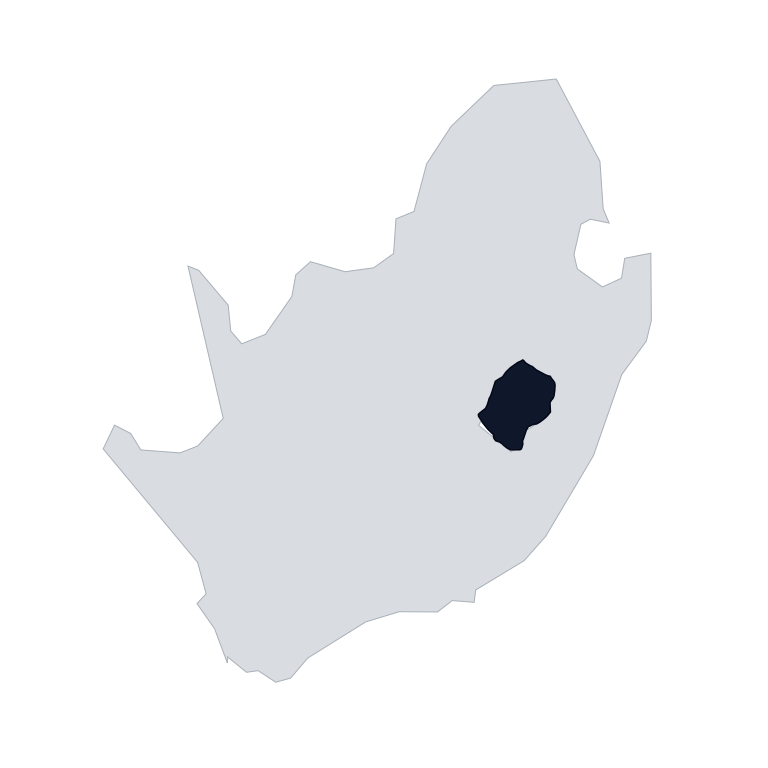 map of Lesotho with South Africa greyed out, rotated 348°
{"feature_id": "LSO", "entity_name": "Lesotho", "entity_type": "country or territory", "adm_level": 0, "iso_a3": "LSO", "parent_name": "Africa", "parent_adm1": "", "projection": "natural_earth1", "projection_center": [28.2, -29.612], "detail": "fine", "context": "with_neighbors", "style": "filled", "palette": "ink", "viewbox_px": 768, "rotation_deg": 348, "n_neighbors": 1, "source": "natural_earth", "source_scale": "50m", "svg_char_len": 1984}
<svg xmlns="http://www.w3.org/2000/svg" viewBox="0 0 768 768"><g transform="rotate(348 384 384)"><path d="M95.8,389.1L111.9,368.2L126.0,379.8L132.4,397.9L170.2,409.0L188.9,405.9L219.6,384.2L216.8,227.9L226.4,234.3L248.0,274.5L245.1,300.3L253.2,315.1L278.3,310.8L312.1,279.2L320.4,258.9L337.5,249.1L369.3,266.1L398.0,268.2L420.5,258.4L430.1,224.9L449.2,221.5L471.5,177.5L503.3,145.9L553.5,114.8L615.9,121.5L641.5,211.1L634.8,258.3L637.7,273.4L620.0,265.7L609.8,268.7L596.7,296.9L597.0,311.6L617.8,334.5L638.3,329.9L645.6,311.1L672.2,311.5L658.7,377.5L649.5,396.6L618.6,424.1L574.0,497.6L510.4,566.7L484.4,585.9L431.0,604.5L426.7,616.3L405.8,610.0L388.9,618.1L351.6,609.9L316.6,612.9L252.4,636.2L231.6,652.2L216.1,653.2L201.2,638.2L189.6,637.4L174.3,618.5L172.8,624.4L167.4,588.2L155.4,559.9L166.4,552.2L164.6,519.7L95.8,389.1ZM548.9,417.9L521.7,392.1L505.3,400.8L468.0,444.1L494.1,476.7L506.5,472.5L512.9,459.0L532.3,452.3L548.9,417.9Z" fill="#d9dde1" stroke="#a8b0b8" stroke-width="1"/><path d="M528.4,453.7L525.3,454.7L524.8,454.8L522.8,454.6L520.1,454.8L518.0,455.4L516.4,455.6L513.7,458.6L508.9,466.7L507.6,468.4L507.3,471.6L506.1,474.1L504.8,476.1L503.4,476.6L499.4,475.8L494.2,474.8L491.2,472.3L488.5,469.1L487.1,466.8L485.6,465.5L485.1,464.8L483.0,463.7L482.2,463.2L481.5,462.8L480.7,461.2L480.2,459.9L480.4,456.1L478.9,453.9L476.3,450.0L474.7,446.9L472.5,442.6L471.2,439.0L469.8,435.2L469.9,433.5L471.3,432.4L475.2,430.5L478.2,429.0L480.4,426.3L482.7,422.3L483.9,419.9L485.0,418.8L486.3,417.0L488.5,413.3L490.9,409.0L493.5,404.5L496.8,403.2L501.4,401.7L505.7,397.7L510.9,394.4L519.2,390.8L523.1,389.9L524.6,389.3L525.5,390.0L526.5,392.1L527.9,393.8L531.2,396.8L532.6,397.6L536.0,402.0L539.7,405.1L543.8,408.6L546.7,410.4L548.1,410.9L549.3,414.0L550.5,416.3L551.2,418.5L551.1,420.6L549.7,425.8L547.8,431.0L546.3,433.2L544.4,434.6L542.5,436.7L541.8,441.0L541.0,446.0L538.6,448.0L536.7,449.4L534.1,451.0L528.4,453.7Z" fill="#0f172a" stroke="#020617" stroke-width="1.5"/></g></svg>